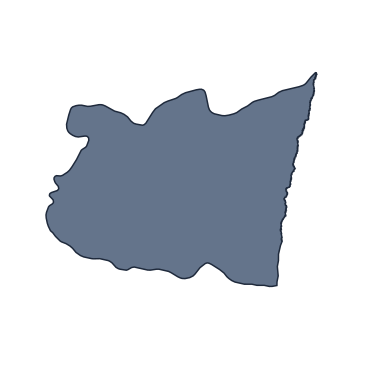 Villa Vázquez, Monte Cristi, Dominican Republic (Albers equal-area conic projection), rotated 77°
{"feature_id": "3306468B4250882356752", "entity_name": "Villa Vázquez", "entity_type": "district", "adm_level": 2, "iso_a3": "DOM", "parent_name": "Dominican Republic", "parent_adm1": "Monte Cristi", "projection": "albers", "projection_center": [-71.426, 19.801], "detail": "fine", "context": "isolated", "style": "filled", "palette": "slate", "viewbox_px": 384, "rotation_deg": 77, "n_neighbors": 0, "source": "geoboundaries", "source_scale": "gbopen_adm2", "svg_char_len": 5878}
<svg xmlns="http://www.w3.org/2000/svg" viewBox="0 0 384 384"><g transform="rotate(77 192 192)"><path d="M197.9,338.6L200.4,336.8L204.5,335.0L210.1,331.5L211.2,330.4L214.0,326.3L217.1,323.1L220.0,321.0L224.8,318.6L228.8,315.0L230.9,312.1L234.3,304.9L234.9,303.2L236.2,296.9L240.0,289.0L241.1,287.6L243.0,285.9L248.3,283.0L250.1,281.1L251.0,279.6L253.4,273.6L253.3,272.1L252.0,267.8L252.1,265.2L258.1,252.7L258.8,249.9L259.2,244.2L259.8,241.5L264.1,232.7L265.9,230.5L271.3,225.0L273.1,222.7L274.0,221.1L274.8,218.3L274.9,213.5L274.0,209.8L272.6,207.5L267.5,201.2L264.7,195.2L264.5,193.6L264.6,192.8L265.3,191.3L267.0,189.2L273.8,182.5L278.2,179.0L282.3,177.1L284.5,175.6L287.2,173.2L289.4,170.4L293.6,161.7L295.3,154.4L297.5,149.8L299.2,142.6L301.4,137.9L302.0,135.1L302.2,130.3L298.7,129.4L293.1,126.9L283.8,125.6L278.3,123.2L272.0,121.7L264.0,117.8L260.2,115.2L259.7,115.2L259.7,115.6L258.2,115.6L258.2,115.2L257.5,115.3L257.3,114.9L256.4,114.9L256.4,114.5L252.7,114.5L252.7,114.1L249.8,114.1L249.8,114.5L249.0,114.5L249.0,114.1L248.6,114.1L248.7,113.6L247.9,113.7L248.0,113.3L246.1,113.3L246.0,112.9L245.3,112.9L245.3,112.4L242.8,112.5L242.7,112.1L242.0,112.1L242.0,111.7L241.3,111.7L241.2,111.3L240.9,111.3L240.5,110.6L239.8,110.6L239.5,109.8L239.1,109.8L239.1,109.4L238.7,109.4L238.3,108.6L238.0,108.6L237.5,107.8L237.3,107.8L237.2,107.4L236.5,107.1L236.5,106.6L236.2,106.7L236.1,106.3L235.8,106.3L235.9,105.9L232.8,105.9L232.8,105.5L232.5,105.5L232.5,105.1L231.7,105.1L231.7,104.7L230.6,104.7L230.7,104.2L229.5,104.3L229.4,103.9L228.4,103.9L228.1,103.1L226.6,103.1L226.6,103.5L226.2,103.5L226.2,103.9L224.0,103.9L223.7,103.1L221.4,103.1L221.4,103.5L220.4,103.5L220.3,103.9L219.6,103.9L219.6,103.5L218.9,103.5L218.5,102.8L218.1,102.8L218.1,101.6L217.8,101.6L217.3,100.8L216.7,100.8L216.3,100.0L215.6,100.0L215.6,99.6L214.5,99.6L214.5,99.2L214.2,99.2L214.1,99.6L212.6,99.6L212.6,100.0L210.8,100.0L210.6,99.6L210.0,99.6L210.0,99.2L209.7,99.2L209.6,98.4L209.3,98.5L209.2,96.1L208.9,96.1L208.5,95.3L208.2,95.3L208.2,95.0L207.1,94.9L207.0,94.6L206.4,94.6L206.4,94.1L204.2,94.1L203.8,93.4L203.1,93.4L203.1,93.0L202.0,93.0L202.0,92.6L201.2,92.6L201.3,92.2L200.5,92.2L200.5,91.9L197.9,91.8L197.6,91.0L196.8,91.0L196.8,90.6L196.1,90.6L195.7,89.9L195.0,89.5L194.9,88.7L194.6,88.7L194.6,88.3L194.3,88.3L194.3,87.9L193.5,87.9L193.1,87.1L192.8,87.1L192.7,86.7L192.0,86.7L192.0,86.3L191.7,86.4L191.7,86.7L190.2,86.7L190.2,87.1L189.1,87.1L189.1,87.5L188.0,87.5L188.0,87.1L186.9,87.2L186.4,86.4L185.8,86.4L185.8,86.0L185.1,86.0L184.9,85.6L184.0,85.6L183.9,85.2L183.2,85.2L183.2,84.8L182.5,84.8L182.5,84.3L181.8,84.4L181.7,84.0L181.0,83.6L181.0,83.2L180.7,83.2L180.7,82.9L179.9,82.8L179.9,82.4L178.8,82.4L178.8,82.1L178.4,82.1L178.1,81.3L177.7,81.3L177.7,80.9L177.0,80.9L176.7,80.5L175.9,80.5L175.8,80.1L175.5,80.1L175.6,79.7L173.7,79.7L173.7,79.2L172.2,79.3L172.2,78.9L171.1,78.9L171.1,78.5L170.7,78.5L170.7,78.1L167.8,78.1L167.7,77.8L166.7,77.8L166.8,77.3L165.6,77.3L165.6,77.8L163.8,77.8L163.4,77.0L163.0,77.0L163.1,76.6L162.3,76.6L162.3,75.4L161.9,75.4L161.8,74.6L161.6,74.6L161.6,73.8L161.2,73.8L161.1,73.1L160.8,73.1L160.8,72.3L160.4,72.3L160.1,71.5L159.3,71.5L159.3,71.1L158.6,71.1L158.5,70.7L157.1,70.7L157.2,70.2L156.8,70.3L156.8,69.9L156.4,69.9L156.5,69.5L155.7,69.5L155.7,69.1L155.3,69.2L155.3,68.8L154.9,68.8L154.9,68.3L154.2,68.4L154.2,68.0L153.5,68.0L153.4,67.7L153.2,67.6L151.6,67.6L151.6,67.2L150.5,67.2L150.5,66.8L150.2,66.8L150.2,66.4L149.4,66.4L149.5,66.0L148.7,66.0L148.6,65.7L147.9,65.6L147.9,65.2L147.6,65.2L147.6,64.5L147.9,64.5L147.9,63.7L147.6,63.7L147.6,62.5L147.3,62.5L147.2,62.1L146.5,62.1L146.5,61.8L146.0,61.7L144.3,61.7L144.3,61.3L143.5,61.3L143.5,60.9L142.8,60.9L142.8,60.6L141.7,60.6L141.7,60.1L139.1,59.8L139.1,59.4L138.8,59.4L138.8,59.0L138.4,59.0L138.4,58.6L137.3,58.6L137.3,58.1L135.5,58.2L135.4,57.9L134.7,57.8L134.5,57.4L133.6,57.4L133.6,57.0L131.4,57.0L131.4,56.7L130.7,56.6L130.7,56.3L129.9,56.3L129.9,55.9L129.6,55.9L129.2,55.1L128.1,55.1L128.0,54.7L127.7,54.7L127.8,54.2L127.4,54.3L127.4,53.9L127.0,53.9L126.6,53.2L125.9,53.1L125.5,52.3L125.2,52.3L125.2,52.0L124.4,52.0L124.4,51.7L123.7,51.6L123.7,51.2L122.6,51.2L122.6,50.8L121.5,50.8L121.5,50.4L120.8,50.4L120.8,50.0L118.6,50.0L118.6,49.6L114.2,49.6L114.2,49.2L113.1,49.2L113.0,48.9L112.3,48.8L112.3,48.4L110.5,48.4L110.4,48.0L110.1,48.0L110.1,47.3L109.4,46.9L109.4,46.4L108.6,46.5L108.7,46.0L107.9,46.0L107.9,45.7L107.5,45.7L107.5,45.3L106.4,45.3L106.5,44.9L105.7,44.9L105.7,44.5L105.3,44.5L105.4,44.0L103.8,44.1L103.5,44.9L106.8,50.2L111.6,56.3L112.6,58.1L113.1,60.0L113.5,64.1L113.6,81.1L114.4,85.1L116.5,89.8L117.1,92.8L117.4,106.7L117.7,110.9L118.2,112.9L120.7,118.5L122.3,124.8L124.7,130.5L125.2,133.5L125.4,138.7L125.1,142.8L124.3,145.6L120.8,152.7L119.1,154.7L117.7,155.7L116.0,156.5L113.0,156.9L101.5,156.6L97.6,156.8L95.8,157.5L95.1,158.1L94.0,159.7L93.6,161.6L93.4,164.8L93.8,175.9L94.7,180.2L96.7,185.0L97.2,186.9L98.0,195.2L98.7,199.0L102.7,208.9L105.6,212.4L114.6,221.5L115.7,223.6L115.8,225.2L113.2,231.3L111.9,233.4L109.2,235.5L104.3,237.9L101.0,240.8L98.8,243.6L95.8,249.2L88.7,257.1L87.1,259.4L86.4,261.1L86.0,263.0L85.6,271.7L85.1,274.5L82.6,280.0L82.0,282.7L81.8,285.5L82.2,289.1L83.0,290.6L84.2,291.7L89.2,294.7L97.8,299.0L101.6,299.6L104.4,299.3L106.2,298.6L107.8,297.5L109.9,295.5L111.7,293.1L112.8,290.4L113.4,283.7L113.9,282.1L114.5,281.4L116.0,280.6L118.4,280.9L123.5,284.3L124.5,285.6L125.8,289.3L126.5,290.6L134.4,297.2L140.4,303.2L143.2,306.4L144.7,309.0L146.7,314.5L146.8,316.6L145.6,320.4L145.9,321.8L147.0,323.1L148.4,323.6L150.9,323.4L152.5,323.0L156.5,321.0L158.7,321.1L159.4,321.6L160.3,323.0L160.9,329.0L161.4,330.5L161.9,331.1L163.1,331.7L163.9,331.7L168.4,329.1L170.6,329.2L171.2,329.5L172.1,330.6L173.3,333.9L174.2,335.1L179.0,338.3L181.5,339.4L184.6,339.9L189.9,340.0L193.0,339.7L197.9,338.6Z" fill="#64748b" stroke="#1e293b" stroke-width="1.5"/></g></svg>